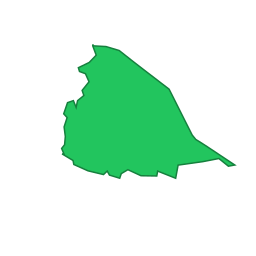 outline of Bullitt, Kentucky, United States of America, rotated 57°
{"feature_id": "52423323B29669005375305", "entity_name": "Bullitt", "entity_type": "district", "adm_level": 2, "iso_a3": "USA", "parent_name": "United States of America", "parent_adm1": "Kentucky", "projection": "mercator", "projection_center": [-85.706, 37.962], "detail": "fine", "context": "isolated", "style": "filled", "palette": "green", "viewbox_px": 256, "rotation_deg": 57, "n_neighbors": 0, "source": "geoboundaries", "source_scale": "gbopen_adm2", "svg_char_len": 779}
<svg xmlns="http://www.w3.org/2000/svg" viewBox="0 0 256 256"><g transform="rotate(57 128 128)"><path d="M217.2,58.6L186.7,71.8L182.0,73.9L174.5,77.4L168.8,78.0L151.3,76.1L122.5,72.9L117.8,72.4L90.7,82.0L81.3,85.3L72.4,88.4L58.2,93.2L47.7,102.1L40.1,112.5L38.8,111.8L39.8,112.8L49.6,115.0L51.9,124.8L50.4,136.8L54.2,137.9L59.3,134.1L68.0,135.5L71.5,146.0L76.7,147.3L77.6,155.4L82.5,160.3L75.3,158.9L73.8,164.9L81.1,174.2L86.1,173.4L92.3,181.0L101.0,185.2L107.5,190.3L109.0,194.8L115.1,195.9L113.8,197.4L125.3,191.8L129.1,193.3L142.1,184.9L153.7,173.9L152.8,168.9L157.4,169.2L165.6,162.3L162.6,158.5L162.9,150.8L175.1,143.1L183.9,130.0L180.3,126.6L196.1,115.4L186.4,106.2L197.0,83.5L203.1,68.4L214.7,64.6L217.2,58.6Z" fill="#22c55e" stroke="#15803d" stroke-width="1.5"/></g></svg>